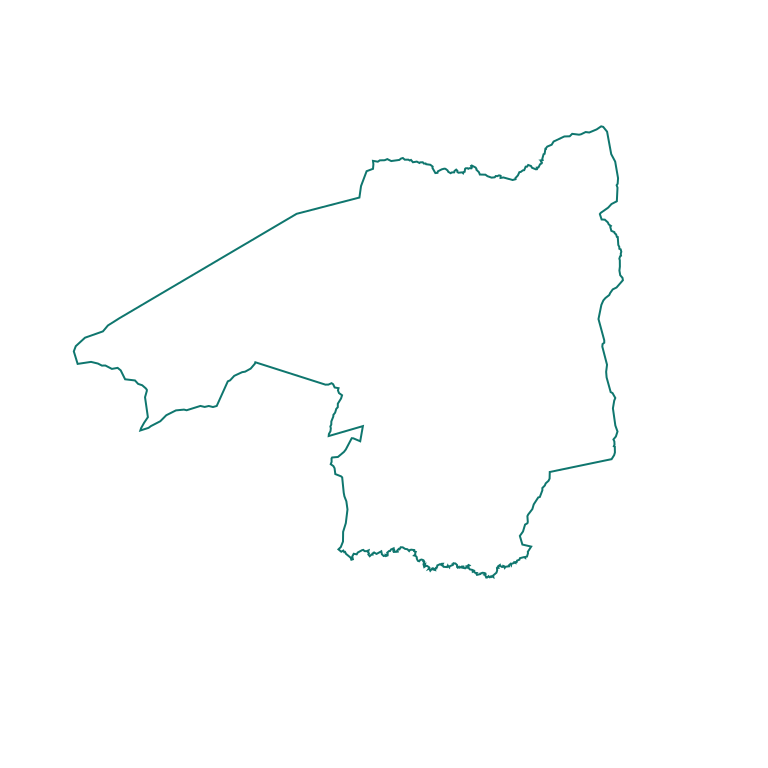 Bia West, Western, Ghana, rotated 73°
{"feature_id": "2480657B58435284570364", "entity_name": "Bia West", "entity_type": "district", "adm_level": 2, "iso_a3": "GHA", "parent_name": "Ghana", "parent_adm1": "Western", "projection": "orthographic", "projection_center": [-3.037, 6.569], "detail": "fine", "context": "isolated", "style": "outline", "palette": "teal", "viewbox_px": 768, "rotation_deg": 73, "n_neighbors": 0, "source": "geoboundaries", "source_scale": "gbopen_adm2", "svg_char_len": 6160}
<svg xmlns="http://www.w3.org/2000/svg" viewBox="0 0 768 768"><g transform="rotate(73 384 384)"><path d="M207.9,96.9L202.2,99.2L201.1,101.0L202.7,106.2L203.5,114.2L202.0,117.5L202.8,122.6L202.6,124.6L199.8,130.9L201.4,134.0L200.0,139.2L201.7,150.9L204.2,153.7L204.7,158.5L205.9,160.2L206.5,160.4L206.3,160.9L210.8,163.1L210.9,164.2L215.0,166.8L216.2,166.8L216.0,168.5L216.6,168.0L217.2,168.8L218.6,168.3L219.1,168.7L219.5,170.5L222.0,172.9L221.8,174.4L222.4,174.2L223.3,174.9L223.1,176.0L220.5,179.2L218.5,179.7L216.7,182.1L218.0,183.7L217.6,185.0L220.5,187.4L220.3,188.8L221.2,191.3L221.0,192.6L223.7,195.0L225.5,198.1L226.6,198.3L226.5,201.4L221.4,209.4L221.0,212.3L219.0,211.6L218.5,212.2L218.1,213.3L218.4,214.8L217.8,216.3L218.7,217.7L218.1,220.8L215.5,224.3L213.5,225.8L211.7,231.1L209.2,231.3L206.1,233.0L205.5,232.7L203.8,233.1L200.7,236.2L200.9,237.0L202.8,236.8L203.3,237.3L202.6,239.3L202.8,240.5L202.1,241.0L201.6,242.9L202.0,243.6L204.6,244.8L204.6,245.8L205.6,246.7L204.5,247.3L203.7,251.1L202.5,251.9L201.5,251.5L200.1,252.3L200.9,254.3L202.1,255.0L201.5,257.4L201.9,258.6L199.9,260.5L198.3,260.8L196.2,262.3L195.7,263.4L195.6,266.0L196.4,270.3L197.7,271.1L197.3,273.2L191.5,274.5L190.3,273.9L187.9,275.6L186.1,279.5L185.3,279.7L184.8,281.5L183.3,282.1L182.6,284.6L183.0,285.5L180.9,287.6L180.4,291.5L177.6,292.7L177.8,294.0L176.6,295.1L175.5,298.6L173.4,299.9L173.4,301.9L174.2,303.8L172.9,311.9L169.9,315.1L170.2,317.9L168.9,322.6L169.6,324.9L167.4,329.3L170.8,329.9L175.0,331.6L175.4,338.4L188.0,348.1L198.5,353.0L195.7,417.8L243.7,617.7L247.3,630.9L251.5,637.4L252.3,656.4L257.7,667.7L262.1,671.1L275.2,671.1L277.2,657.7L280.8,651.6L283.9,648.4L284.9,645.0L290.0,639.8L290.7,634.0L294.0,631.8L303.8,630.2L307.8,621.1L312.0,619.1L314.5,615.6L318.5,613.1L320.1,612.5L321.2,612.8L326.8,616.4L346.7,619.5L350.9,624.7L355.2,629.2L357.2,630.6L357.1,622.0L356.1,619.2L354.2,608.8L350.2,601.3L348.4,590.7L350.0,582.8L351.4,580.4L351.3,566.0L353.5,562.2L353.8,558.0L356.0,554.3L356.1,550.4L335.8,532.6L335.5,530.1L332.4,524.8L331.2,516.2L331.6,513.2L330.3,507.0L326.8,501.5L325.6,500.7L367.5,440.2L368.3,437.3L367.9,433.9L369.4,432.7L372.9,432.2L374.7,428.7L376.6,429.9L379.5,429.7L382.5,427.4L385.3,429.3L389.3,433.9L392.7,435.0L393.8,436.9L397.1,439.1L398.7,441.4L400.3,442.0L404.4,445.3L407.4,446.3L408.9,447.7L410.8,447.8L413.5,449.0L415.7,451.3L417.6,452.1L418.1,416.5L431.8,423.5L427.0,429.2L426.4,430.7L435.4,439.6L437.2,442.1L440.3,449.4L439.1,455.1L439.8,455.9L443.2,456.9L445.1,458.4L447.7,456.4L450.1,455.9L455.9,456.9L459.8,452.0L461.1,451.3L476.2,454.3L479.8,454.7L485.2,454.3L493.3,455.6L505.9,461.2L513.4,466.3L522.7,469.3L527.3,473.0L528.8,475.9L531.9,473.9L531.4,471.6L533.2,471.2L533.2,470.3L535.3,470.0L540.3,466.7L542.5,466.6L542.5,465.0L539.7,464.8L537.5,462.6L538.9,459.9L537.5,458.4L536.5,453.5L536.6,452.3L538.1,451.5L538.8,449.6L538.6,447.4L540.2,448.4L541.5,447.9L542.4,448.8L544.5,448.0L543.4,445.7L543.8,444.8L542.7,444.4L542.6,443.2L541.5,442.8L542.3,442.7L544.3,440.8L543.2,435.5L546.2,435.8L548.4,434.6L548.5,432.9L549.1,432.6L549.0,431.1L548.1,431.6L548.4,430.8L547.7,430.1L546.2,430.2L545.2,427.9L545.5,427.1L544.3,425.7L544.0,423.0L545.3,423.5L545.0,422.8L546.1,422.7L547.5,423.5L548.2,420.8L548.3,419.9L547.1,420.0L546.0,418.1L546.6,417.5L545.0,415.8L545.7,413.8L547.8,412.1L548.9,409.9L551.1,408.8L550.3,407.7L550.4,406.4L551.6,403.7L552.6,404.1L553.8,402.7L554.6,403.5L556.1,403.9L556.8,405.3L557.6,404.0L559.2,403.3L560.6,403.7L563.0,403.3L563.8,402.2L562.8,400.7L562.9,399.3L564.1,397.8L565.3,397.5L565.4,398.2L567.0,397.7L567.8,398.9L570.2,399.0L569.3,397.7L570.5,398.2L570.2,397.3L570.6,396.0L572.4,394.5L573.0,394.3L573.8,395.3L573.7,394.6L576.1,394.3L574.4,391.6L574.7,390.9L575.7,391.3L576.8,389.6L575.7,389.6L575.7,387.9L574.9,387.9L574.5,386.7L573.1,386.1L572.7,383.1L573.8,382.1L573.0,382.0L572.8,381.4L573.1,380.3L573.9,381.1L576.2,380.5L577.5,377.3L576.5,376.3L577.3,376.3L577.1,375.7L578.3,375.1L577.5,374.7L577.2,371.2L576.4,371.1L576.5,370.6L575.1,369.4L576.1,369.7L576.5,368.2L578.4,367.1L580.4,367.6L581.3,367.1L580.7,365.7L581.7,365.3L581.3,363.0L581.8,361.4L582.5,361.5L582.6,362.7L584.0,360.2L583.4,358.7L582.4,358.5L582.6,357.4L581.8,356.1L582.5,355.4L582.8,356.5L584.3,357.5L584.7,356.7L586.3,356.2L587.7,353.7L589.3,354.0L588.6,351.8L589.8,353.0L591.2,352.0L591.8,350.7L592.1,351.2L593.7,350.9L593.9,347.5L592.7,346.9L593.5,347.0L593.3,345.1L593.9,343.6L594.8,342.4L595.5,342.4L595.8,343.7L596.3,343.1L599.0,342.8L599.1,342.3L598.5,342.2L598.9,340.9L598.4,340.2L599.7,339.4L599.2,337.9L599.9,337.8L599.7,336.7L600.6,335.9L599.1,335.7L597.3,331.6L595.2,330.2L593.2,329.8L593.3,328.5L592.4,328.9L591.9,328.0L592.8,327.3L591.5,327.7L591.0,326.1L591.7,326.2L593.5,324.6L593.6,323.6L592.8,323.2L593.3,322.5L595.1,322.3L594.3,321.2L594.9,317.7L594.0,317.7L593.0,315.6L594.1,315.3L593.2,314.9L593.2,312.2L592.5,311.6L593.6,310.5L592.8,310.2L593.1,309.2L591.8,308.4L591.6,305.9L590.3,304.9L590.5,300.6L591.5,299.8L590.7,299.6L590.8,297.7L587.8,295.7L586.6,295.6L582.5,290.8L578.0,298.6L569.0,298.5L565.7,294.2L559.7,290.2L559.1,287.6L557.9,286.8L552.3,285.5L551.0,284.3L547.0,278.7L542.9,276.0L537.6,269.7L537.6,268.0L531.9,263.6L529.8,263.0L528.1,259.9L526.3,258.4L524.7,255.0L522.9,253.3L516.6,251.2L522.4,188.3L519.3,184.7L517.0,183.2L511.4,181.6L510.7,182.4L509.4,181.3L506.3,180.5L504.1,180.8L502.0,177.6L497.7,174.6L491.3,174.9L474.2,172.2L467.2,168.7L465.0,166.9L459.5,168.1L458.0,169.6L442.8,169.2L437.3,168.0L430.8,165.1L412.1,164.3L409.7,163.3L408.9,161.3L406.6,160.6L384.6,159.9L371.9,153.0L368.2,149.8L366.5,147.1L364.8,142.6L363.1,141.1L360.4,137.6L359.7,133.4L354.6,125.2L352.2,124.9L349.1,126.3L344.3,125.7L340.7,124.1L334.6,122.3L333.0,122.3L330.9,120.9L330.6,119.8L328.8,119.6L326.9,118.4L324.4,118.3L323.5,119.4L321.6,118.9L319.6,119.3L311.8,117.5L311.4,118.3L308.8,118.3L307.3,119.3L306.1,119.3L304.0,121.8L299.8,121.7L299.2,120.8L297.1,122.4L294.9,122.7L291.4,124.8L290.3,127.8L284.6,127.9L283.7,126.7L280.9,118.1L278.4,113.8L277.3,107.9L264.5,103.3L261.9,103.4L260.8,102.0L255.6,100.0L238.9,97.9L230.6,99.5L207.9,96.9Z" fill="none" stroke="#0f766e" stroke-width="2"/></g></svg>